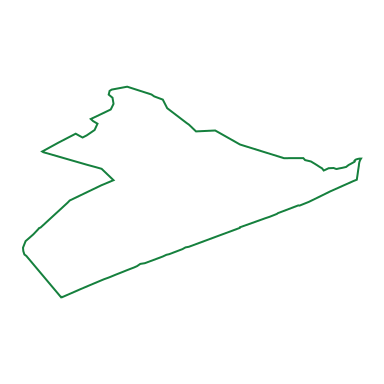 Vangaži, Incukalna, Latvia (Natural Earth projection)
{"feature_id": "27541924B71399173551608", "entity_name": "Vangaži", "entity_type": "district", "adm_level": 2, "iso_a3": "LVA", "parent_name": "Latvia", "parent_adm1": "Incukalna", "projection": "natural_earth1", "projection_center": [24.537, 57.092], "detail": "fine", "context": "isolated", "style": "outline", "palette": "green", "viewbox_px": 384, "rotation_deg": 0, "n_neighbors": 0, "source": "geoboundaries", "source_scale": "gbopen_adm2", "svg_char_len": 1917}
<svg xmlns="http://www.w3.org/2000/svg" viewBox="0 0 384 384"><path d="M42.2,151.5L43.3,152.2L87.1,164.8L95.6,167.1L101.6,168.8L113.5,180.2L101.3,185.3L69.7,200.5L67.6,202.7L40.6,227.5L38.8,228.3L38.6,228.8L33.3,234.4L30.1,237.2L25.6,241.1L23.0,247.7L23.3,251.1L24.4,254.5L26.3,255.9L43.7,276.6L61.1,297.3L61.8,296.9L62.1,297.2L66.2,295.4L80.4,289.2L89.8,285.2L98.6,281.5L101.7,280.2L104.1,279.2L108.3,277.7L110.6,276.8L115.4,274.8L118.7,273.5L123.0,271.8L126.2,270.5L130.3,268.9L134.0,267.5L136.9,266.2L137.1,266.1L140.3,263.9L144.8,263.2L162.8,256.5L166.4,254.8L169.1,254.2L182.5,249.1L185.5,247.4L188.8,246.8L239.8,227.9L239.9,227.3L262.9,219.1L265.1,218.3L269.6,216.8L274.7,214.8L276.9,213.9L278.0,213.1L298.3,205.4L299.4,205.6L299.8,205.5L308.8,201.9L321.9,195.5L330.2,191.4L353.3,181.1L356.8,179.7L356.9,179.0L357.6,174.3L358.3,169.2L358.5,168.1L358.6,167.2L358.8,166.2L359.0,164.1L359.4,162.0L360.0,160.4L360.4,159.6L361.0,158.6L360.9,158.6L359.8,158.6L359.0,158.7L358.0,158.9L356.6,159.3L355.8,159.6L355.1,160.1L354.7,160.6L354.5,160.8L354.8,161.3L354.5,161.8L350.3,164.1L348.6,165.0L346.3,166.8L346.2,166.9L345.9,167.0L342.0,167.9L339.8,168.3L339.2,168.4L336.7,169.0L335.7,168.8L335.4,168.7L333.6,168.0L329.5,168.2L328.7,168.2L327.2,168.9L326.8,169.1L325.1,169.9L323.7,170.5L323.1,169.7L322.0,168.3L321.0,167.7L320.8,167.6L319.8,167.0L316.9,165.1L314.5,163.6L313.3,162.9L311.0,161.5L309.4,161.1L305.1,160.1L303.3,158.1L296.9,158.1L284.0,158.2L248.0,147.0L247.0,146.7L240.0,144.5L219.3,132.8L215.2,130.5L196.0,131.4L188.9,124.6L186.6,123.0L167.2,108.2L162.8,99.6L154.2,96.4L151.5,94.5L127.2,86.7L111.7,89.6L109.6,90.9L108.7,94.6L111.6,97.0L112.5,97.7L113.4,103.0L113.5,103.9L111.1,108.8L110.7,109.5L105.3,112.1L90.8,119.0L93.1,121.1L97.5,123.7L94.6,130.0L86.7,135.4L82.6,137.5L81.8,137.1L78.7,135.4L78.0,135.0L75.7,133.7L58.5,142.6L42.8,151.2L42.2,151.5Z" fill="none" stroke="#15803d" stroke-width="2"/></svg>